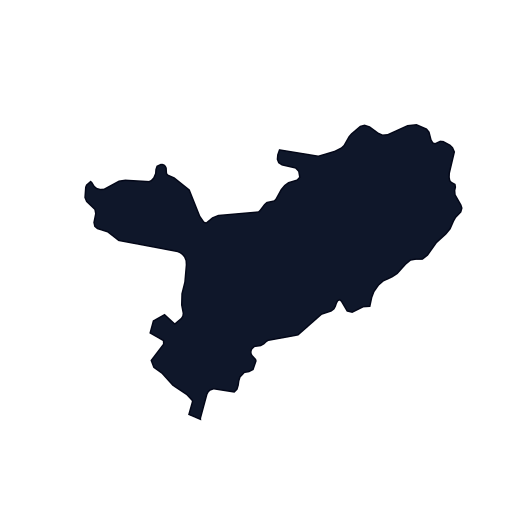 the Province of Nuoro, rotated 17°
{"feature_id": "ITA-5376", "entity_name": "Nuoro", "entity_type": "Province", "adm_level": 1, "iso_a3": "ITA", "parent_name": "Italy", "parent_adm1": "", "projection": "albers", "projection_center": [9.253, 40.262], "detail": "fine", "context": "isolated", "style": "filled", "palette": "ink", "viewbox_px": 512, "rotation_deg": 17, "n_neighbors": 0, "source": "natural_earth", "source_scale": "10m", "svg_char_len": 2252}
<svg xmlns="http://www.w3.org/2000/svg" viewBox="0 0 512 512"><g transform="rotate(17 256 256)"><path d="M415.2,98.5L416.6,120.3L417.6,124.2L419.2,127.3L421.1,128.5L425.3,129.4L426.5,131.8L426.8,135.3L428.4,139.3L437.0,147.4L438.8,150.0L438.9,154.0L435.5,160.7L434.6,164.7L433.6,173.3L431.1,179.3L424.5,190.5L419.7,205.0L416.0,210.3L409.4,212.4L404.9,214.7L401.4,220.0L396.1,231.4L392.3,236.0L384.9,242.6L381.6,247.9L379.1,255.6L378.7,261.7L379.5,270.8L373.4,273.1L364.4,281.6L359.3,281.9L351.0,274.3L348.9,273.3L347.1,274.9L346.6,277.8L346.5,281.0L345.9,283.8L343.9,286.6L335.6,292.5L319.2,319.1L292.2,333.1L290.6,335.0L289.1,337.7L286.6,340.3L280.9,342.9L279.1,346.0L278.9,348.0L279.2,349.7L280.0,351.2L281.2,352.4L285.8,355.1L286.6,356.4L286.3,365.4L283.0,368.6L278.8,370.7L276.0,376.4L276.0,380.5L276.7,384.8L276.7,389.0L274.9,392.4L254.3,395.3L251.1,397.7L249.9,399.9L249.4,402.5L250.2,427.4L250.6,428.4L238.2,427.1L237.9,413.8L237.6,413.1L237.0,412.5L230.4,408.7L214.4,403.9L200.4,395.5L190.9,392.3L186.4,386.5L193.5,367.3L192.3,363.9L177.3,360.5L176.9,348.1L185.7,338.9L198.2,344.9L203.0,337.5L203.7,334.9L203.3,332.1L199.3,324.5L196.3,313.7L195.7,301.8L192.1,284.9L190.6,280.8L188.1,277.7L185.3,275.9L182.5,274.9L179.7,274.6L120.2,281.2L107.2,276.2L96.4,276.1L93.2,274.7L91.3,271.3L90.4,262.3L88.4,258.5L78.1,253.3L75.4,250.0L73.1,240.0L73.3,237.7L76.1,233.2L77.4,233.8L80.8,236.8L83.9,238.1L87.6,238.0L91.2,236.7L103.2,224.5L108.9,221.8L132.0,216.2L133.9,214.5L135.5,211.2L136.0,206.5L135.1,202.5L135.2,199.1L138.2,196.4L139.9,195.9L141.5,196.0L143.0,196.8L144.3,198.2L145.9,202.5L146.5,203.6L147.9,204.5L154.9,205.3L172.8,212.4L190.5,234.5L196.2,239.0L198.8,239.1L203.3,232.3L208.2,228.3L245.6,213.2L246.7,211.2L249.2,204.4L250.8,201.7L257.5,198.0L258.6,195.7L260.8,185.1L262.9,180.2L265.7,176.4L273.2,171.4L274.9,167.9L272.2,162.5L268.2,160.2L254.3,161.2L250.5,160.1L248.2,157.2L247.3,152.9L247.5,147.7L286.5,142.4L300.8,132.9L306.2,127.7L308.0,124.6L310.2,114.7L311.7,111.3L317.9,101.6L321.6,99.3L326.9,99.4L336.8,102.9L341.7,103.5L346.6,101.5L362.9,87.1L371.1,83.6L381.9,84.8L385.2,87.0L389.4,93.9L392.1,96.3L394.5,96.3L398.7,92.5L401.6,91.9L409.1,93.4L412.3,95.1L415.2,98.5Z" fill="#0f172a" stroke="#020617" stroke-width="1.5"/></g></svg>